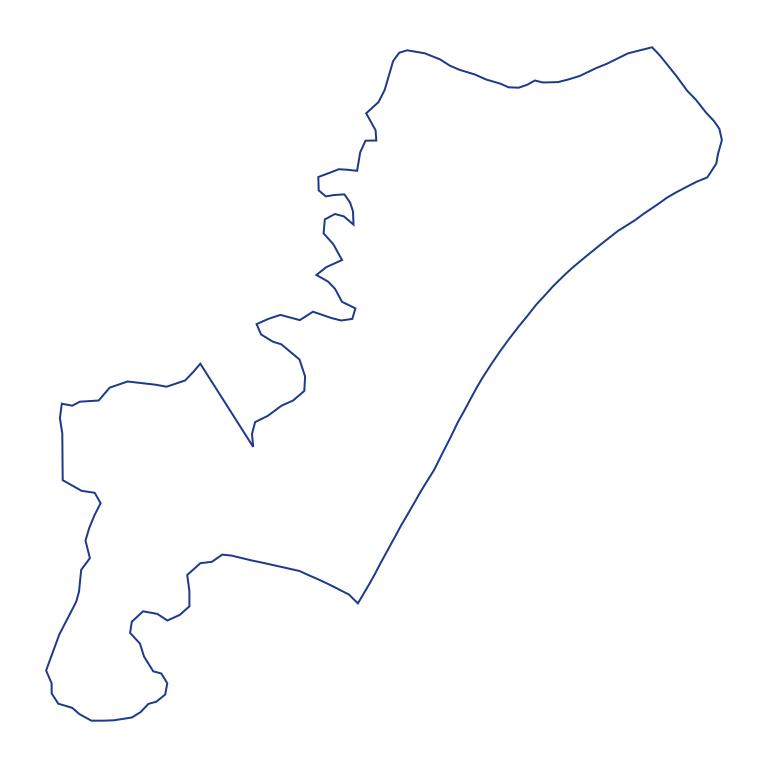 Pontal do Paraná, Paraná, Brazil
{"feature_id": "56859067B46066648065560", "entity_name": "Pontal do Paraná", "entity_type": "district", "adm_level": 2, "iso_a3": "BRA", "parent_name": "Brazil", "parent_adm1": "Paraná", "projection": "robinson", "projection_center": [-48.483, -25.647], "detail": "fine", "context": "isolated", "style": "outline", "palette": "blue", "viewbox_px": 768, "rotation_deg": 0, "n_neighbors": 0, "source": "geoboundaries", "source_scale": "gbopen_adm2", "svg_char_len": 2356}
<svg xmlns="http://www.w3.org/2000/svg" viewBox="0 0 768 768"><path d="M357.9,603.4L369.8,583.2L374.6,574.6L379.9,564.4L385.6,554.0L390.9,544.2L396.2,534.6L401.2,525.2L406.3,516.6L415.0,501.6L420.4,492.0L426.2,482.6L434.4,469.4L442.0,454.1L450.4,437.7L457.4,423.1L463.6,411.9L471.0,398.1L476.3,388.3L482.4,377.9L491.2,364.3L499.6,351.9L509.4,338.5L519.0,326.1L526.9,316.5L536.1,304.8L543.7,296.6L552.9,286.4L565.1,274.4L572.3,267.8L584.5,257.6L601.0,244.2L618.1,230.8L635.3,220.0L642.8,214.4L657.8,204.2L666.5,198.0L675.3,192.8L687.1,186.6L696.9,181.6L707.3,177.4L716.3,163.6L718.0,153.9L721.9,140.1L719.4,128.9L714.0,121.1L705.8,112.3L695.7,99.5L687.3,90.9L676.3,75.9L659.9,55.5L652.1,47.3L628.1,53.3L607.0,63.7L595.7,68.3L579.9,75.9L568.2,79.5L558.1,82.1L542.9,82.5L534.8,80.5L527.4,84.7L518.7,87.7L508.6,87.3L500.5,83.7L486.1,79.5L474.9,74.5L459.7,69.9L449.9,65.7L440.3,59.5L424.8,53.3L407.2,50.3L399.3,52.7L393.1,61.1L384.7,89.9L378.5,102.1L366.2,113.3L375.6,130.3L376.3,140.5L365.5,140.7L360.2,152.3L357.1,170.8L347.8,169.8L338.9,169.2L330.7,172.4L318.3,177.0L318.7,190.4L325.9,196.4L334.1,195.0L344.4,194.4L350.1,202.6L353.0,211.4L353.5,224.6L343.9,216.4L335.0,214.0L324.8,219.4L323.6,233.4L333.3,244.2L342.0,260.0L326.2,267.2L316.4,275.0L328.1,281.6L335.0,288.8L342.0,301.8L355.4,308.4L352.3,318.9L341.1,320.5L331.0,317.9L313.0,311.7L299.8,320.1L280.4,314.9L268.3,318.9L256.6,324.1L261.1,334.5L272.9,341.7L281.3,344.3L299.5,359.5L305.1,376.5L304.3,390.9L293.1,400.5L281.5,405.7L267.7,415.9L255.1,422.1L252.0,433.9L253.2,446.9L200.3,363.7L193.3,371.9L185.1,380.5L166.6,386.7L155.6,384.7L127.6,381.5L109.6,387.7L98.7,400.5L79.8,401.7L72.3,405.7L61.8,403.7L59.9,418.1L62.3,433.5L62.7,480.2L81.5,490.8L94.7,492.8L100.6,503.2L94.4,515.4L89.1,528.4L85.5,540.6L89.9,558.2L81.2,569.8L79.0,591.6L76.2,601.8L59.3,634.5L46.1,670.5L51.6,683.3L51.7,693.5L58.3,703.7L72.3,707.9L79.4,714.1L91.4,720.7L102.3,720.7L113.8,720.3L131.8,717.5L140.6,712.1L148.4,703.9L156.3,701.7L165.2,694.5L167.3,683.3L161.3,673.5L153.2,671.3L144.0,656.5L140.0,643.7L130.1,632.9L131.8,621.7L143.1,611.3L157.3,613.9L167.3,620.5L179.8,614.9L189.4,606.3L189.4,591.0L187.2,575.0L200.4,563.2L211.9,561.8L222.3,554.6L231.6,555.6L252.3,560.6L260.2,562.2L299.5,571.0L308.2,575.0L316.5,578.6L325.7,582.8L338.1,589.0L349.0,594.6L357.9,603.4Z" fill="none" stroke="#1e3a8a" stroke-width="2"/></svg>